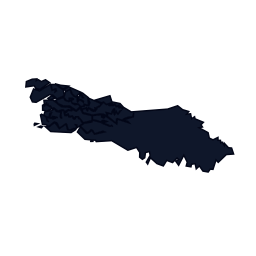 Bagerhat, Khulna, Bangladesh, rotated 101°
{"feature_id": "16705992B77600989823530", "entity_name": "Bagerhat", "entity_type": "district", "adm_level": 2, "iso_a3": "BGD", "parent_name": "Bangladesh", "parent_adm1": "Khulna", "projection": "natural_earth1", "projection_center": [89.774, 22.348], "detail": "fine", "context": "isolated", "style": "filled", "palette": "ink", "viewbox_px": 256, "rotation_deg": 101, "n_neighbors": 0, "source": "geoboundaries", "source_scale": "gbopen_adm2", "svg_char_len": 6118}
<svg xmlns="http://www.w3.org/2000/svg" viewBox="0 0 256 256"><g transform="rotate(101 128 128)"><path d="M135.3,26.4L133.4,19.4L127.9,22.5L128.2,25.6L124.6,30.5L126.7,30.2L123.9,33.0L124.9,34.2L122.5,34.9L122.9,37.3L120.1,37.9L123.4,42.3L122.4,46.3L117.3,48.5L114.2,58.3L112.8,55.1L110.9,57.0L108.0,55.1L106.2,64.0L104.3,64.8L106.8,67.4L102.1,69.3L103.4,73.2L100.2,71.5L99.6,77.9L96.7,83.5L101.9,92.7L111.6,127.9L108.6,136.2L110.1,137.3L108.6,139.8L109.7,140.0L110.0,140.5L108.9,141.8L107.8,141.6L109.4,143.7L107.1,145.4L108.6,146.4L109.6,150.7L109.4,151.1L108.8,150.9L106.8,148.5L109.2,153.8L107.4,157.1L112.4,160.1L113.1,160.9L113.5,162.2L115.2,162.3L114.8,164.0L116.5,162.9L117.6,163.5L118.2,165.0L117.8,167.1L115.8,170.7L118.5,170.9L118.2,172.1L116.3,172.8L118.6,176.3L121.4,175.5L122.1,165.6L119.3,157.2L120.2,155.1L122.1,155.6L122.2,153.6L119.3,154.8L119.7,151.1L119.0,150.6L117.5,152.1L117.1,152.3L116.9,152.1L117.3,147.0L114.7,146.7L112.8,146.0L111.7,145.2L112.0,144.7L115.8,144.8L117.2,143.8L113.9,143.1L113.8,142.7L114.0,142.6L115.9,141.2L115.3,140.2L113.0,139.3L112.6,138.5L116.4,140.5L115.6,141.7L113.9,142.9L117.1,143.5L117.3,143.8L117.0,144.3L115.6,144.9L111.8,145.1L117.5,146.9L117.1,152.1L118.9,150.4L120.0,151.0L125.8,140.3L121.3,141.0L120.8,140.1L121.6,135.4L119.6,133.6L117.5,130.1L116.0,125.4L112.1,125.3L116.0,124.9L121.0,134.3L121.6,129.2L122.8,127.7L121.3,140.1L126.2,139.8L119.6,154.1L121.9,152.9L122.8,153.8L122.4,156.0L119.9,156.4L122.6,165.3L126.8,164.4L126.6,160.1L127.3,155.9L125.5,154.7L125.1,153.3L125.6,149.9L128.1,153.6L128.8,147.7L129.7,146.0L128.6,144.8L128.5,144.4L129.7,143.2L128.6,144.5L129.8,146.1L128.4,153.5L127.6,154.1L126.1,151.9L125.3,153.8L127.6,155.8L127.1,164.1L129.1,164.7L131.7,172.0L135.3,175.4L140.5,166.7L136.7,163.8L137.3,162.1L140.1,159.8L135.9,152.0L136.3,150.1L140.5,159.7L137.1,163.0L140.6,166.0L141.2,167.8L136.0,174.9L141.6,176.9L147.3,168.1L146.2,157.5L147.4,156.6L143.5,141.6L149.8,123.9L145.4,115.9L149.7,111.8L154.4,111.0L156.0,107.9L154.0,105.9L148.8,106.2L147.0,102.5L150.7,101.0L158.0,103.5L159.6,101.8L152.9,100.3L157.4,92.8L158.5,86.1L152.4,83.8L153.4,77.7L148.1,74.1L149.1,72.1L151.6,74.7L154.9,71.2L144.0,68.0L150.2,63.3L154.2,63.6L154.1,58.8L151.5,58.8L150.2,55.3L155.1,53.2L151.6,50.7L156.0,46.2L155.9,40.9L152.7,39.5L152.4,36.7L142.5,35.5L144.5,32.9L135.3,26.4ZM137.7,178.2L131.7,172.6L131.1,174.5L128.3,176.7L128.2,178.3L126.8,178.9L127.4,181.6L128.9,181.5L129.5,182.6L129.2,183.5L127.0,185.1L128.4,186.8L128.3,188.3L126.2,189.4L127.6,190.7L127.8,192.4L123.0,194.5L124.4,197.9L125.6,196.4L130.5,196.0L130.2,194.4L130.9,195.3L130.7,196.1L129.3,196.8L125.3,196.8L125.4,201.5L123.1,204.0L125.7,206.3L127.8,212.6L131.2,213.1L132.3,211.4L132.9,207.5L128.7,207.6L128.0,207.1L127.7,206.0L132.8,207.2L131.7,204.2L133.1,203.5L132.5,201.7L131.5,203.4L131.0,203.5L130.9,201.2L131.3,198.8L131.1,203.3L132.5,201.4L133.5,203.4L132.2,204.1L133.3,205.2L132.7,210.2L133.4,208.8L134.5,209.6L135.5,208.5L136.3,208.7L137.0,206.6L136.4,208.9L134.4,209.8L133.5,209.2L130.9,215.4L131.9,216.4L140.7,212.7L140.4,208.9L141.7,206.3L136.2,201.5L136.4,199.2L137.2,198.1L141.4,195.3L135.7,189.8L136.3,188.8L141.0,186.5L140.9,184.2L138.9,181.5L138.5,179.0L135.2,178.8L134.8,179.2L135.0,180.3L134.8,180.4L134.8,178.8L137.7,178.2ZM108.5,196.9L102.6,198.9L102.8,199.5L99.1,207.4L99.9,211.6L105.4,209.8L103.4,206.8L103.7,206.1L105.3,205.2L106.5,206.5L103.7,206.4L105.6,209.8L99.8,212.5L108.5,221.8L107.7,228.1L116.4,229.8L120.6,226.8L120.3,223.1L110.1,211.2L110.1,207.9L113.0,203.2L108.5,196.9ZM109.1,159.2L106.2,172.8L110.5,170.3L113.5,170.6L113.9,173.4L113.2,175.5L114.9,175.1L116.2,178.2L114.2,181.4L115.3,184.6L114.4,187.4L112.1,189.4L109.8,187.8L110.2,191.1L112.4,190.2L113.4,191.1L112.9,194.8L110.5,197.3L114.6,204.5L117.5,201.1L118.7,195.3L117.4,189.8L120.6,182.2L116.8,179.5L118.1,176.5L116.0,172.7L118.3,171.4L115.6,170.7L117.2,163.6L114.8,164.3L114.4,163.6L114.9,162.4L113.4,162.4L111.3,159.5L109.1,159.2ZM113.4,170.9L106.3,173.2L106.0,172.9L106.0,172.2L102.3,179.4L102.3,179.8L103.5,179.9L105.1,181.1L104.9,178.8L105.1,178.6L106.9,178.6L106.5,176.6L107.0,178.5L106.7,178.8L105.1,178.8L105.4,181.2L101.9,181.2L111.4,182.6L111.8,182.3L109.8,181.6L109.2,180.7L109.8,177.5L110.4,176.8L111.1,176.8L109.4,180.9L112.0,182.3L111.6,182.8L108.9,183.5L106.3,182.9L107.2,183.7L107.6,185.0L107.0,187.6L104.7,190.3L101.0,192.2L104.5,196.3L110.1,196.7L112.8,193.8L112.8,190.8L110.0,191.4L109.3,188.0L110.4,187.1L112.2,189.2L114.3,187.1L113.9,181.4L115.9,178.4L114.9,175.4L113.0,175.6L113.4,170.9ZM127.6,164.8L122.7,165.8L122.3,175.1L117.6,178.9L121.4,181.9L120.5,186.3L121.8,186.6L122.0,190.1L124.2,191.3L124.9,193.1L127.4,192.0L125.6,189.4L127.9,188.0L126.8,184.8L129.1,182.3L127.0,181.7L126.4,178.9L131.4,172.9L127.6,164.8ZM124.0,192.9L121.3,190.2L121.5,186.7L120.2,186.9L118.8,189.1L119.8,197.6L114.8,207.2L116.9,215.8L121.7,214.3L119.1,212.7L120.4,212.3L120.0,211.0L121.0,211.1L121.3,208.1L122.6,207.0L121.1,211.3L120.2,211.1L120.6,212.2L119.4,212.7L122.1,214.0L122.0,214.5L120.9,214.9L122.0,216.2L126.8,215.2L126.7,210.8L122.4,204.7L124.7,200.1L122.4,195.2L124.0,192.9ZM98.4,213.6L96.4,218.2L99.0,222.0L97.7,225.2L98.9,227.0L97.2,226.8L98.4,231.4L101.8,236.6L107.2,236.1L104.4,228.2L106.7,226.0L106.9,221.9L98.4,213.6ZM142.4,209.5L146.2,203.2L143.3,183.0L139.7,179.2L139.0,180.8L141.1,183.6L141.2,187.0L135.9,189.6L141.7,195.3L136.5,200.9L141.9,205.8L142.4,209.5ZM107.6,141.7L108.6,140.0L108.4,139.6L109.8,137.6L108.2,136.8L105.5,140.5L105.4,148.8L99.8,151.9L107.0,165.8L108.3,159.1L107.2,156.8L109.0,153.8L106.4,149.0L107.0,148.1L109.3,150.9L107.0,145.4L109.2,143.7L107.6,141.7ZM102.6,197.8L103.8,195.7L100.8,192.1L105.4,189.1L107.5,185.1L101.8,181.4L98.9,194.3L102.6,197.8ZM98.5,208.2L102.0,199.1L98.2,194.6L98.9,202.3L98.5,208.2ZM114.2,212.3L115.1,210.1L112.8,205.3L110.9,209.1L114.2,212.3ZM141.0,217.3L141.1,220.4L142.1,220.8L143.3,220.4L141.0,217.3ZM144.0,216.1L144.3,213.1L142.8,212.2L142.7,214.1L144.0,216.1ZM148.3,162.1L147.6,159.2L148.2,162.6L148.3,162.1ZM102.0,199.8L102.5,199.2L102.2,198.9L102.0,199.8Z" fill="#0f172a" stroke="#020617" stroke-width="1.5"/></g></svg>